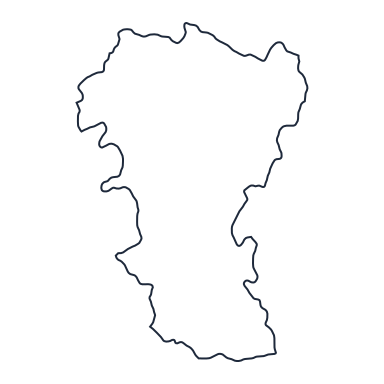 San Ignacio de Sabaneta, Santiago Rodríguez, Dominican Republic
{"feature_id": "3306468B60341362842796", "entity_name": "San Ignacio de Sabaneta", "entity_type": "district", "adm_level": 2, "iso_a3": "DOM", "parent_name": "Dominican Republic", "parent_adm1": "Santiago Rodríguez", "projection": "mercator", "projection_center": [-71.312, 19.362], "detail": "fine", "context": "isolated", "style": "outline", "palette": "slate", "viewbox_px": 384, "rotation_deg": 0, "n_neighbors": 0, "source": "geoboundaries", "source_scale": "gbopen_adm2", "svg_char_len": 5933}
<svg xmlns="http://www.w3.org/2000/svg" viewBox="0 0 384 384"><path d="M81.5,131.5L84.7,129.8L87.2,128.8L90.0,127.4L93.8,126.5L94.8,126.1L101.1,122.8L102.6,122.6L103.5,122.9L104.2,123.6L106.1,127.0L106.3,128.7L106.2,130.4L105.6,132.1L102.4,136.2L99.8,140.9L99.4,141.9L99.2,143.6L99.2,144.7L99.5,145.7L100.1,146.6L100.8,147.2L101.7,147.5L102.2,147.5L106.2,145.6L108.9,144.1L110.0,143.8L111.7,143.7L113.8,144.3L117.2,146.3L117.9,147.0L120.0,150.5L122.5,155.8L123.0,158.8L123.0,161.3L122.8,165.6L122.5,167.4L121.2,170.2L120.1,174.4L119.5,175.3L118.8,176.0L117.4,176.7L113.0,177.2L111.4,177.6L109.7,178.8L107.9,180.9L107.1,181.3L104.2,182.1L103.4,182.7L102.3,183.8L101.6,185.4L101.3,187.6L101.4,188.6L101.9,190.2L102.7,190.9L103.7,191.3L104.7,191.4L106.4,191.4L108.0,191.0L109.0,190.5L111.7,188.5L113.0,187.8L113.9,187.7L116.6,188.5L118.7,188.6L120.3,188.3L122.6,187.3L123.6,187.1L124.6,187.1L125.7,187.3L128.7,189.0L129.8,190.0L131.8,193.5L133.2,196.4L136.0,200.2L136.6,201.2L137.1,203.4L137.6,207.3L138.3,209.6L138.4,210.5L138.3,211.4L137.5,213.7L137.2,216.0L137.1,221.6L137.2,225.2L137.6,227.0L139.1,230.3L140.1,234.1L141.3,236.8L141.5,238.4L141.2,239.5L139.3,242.9L138.1,243.8L135.1,245.6L132.6,246.6L127.9,249.0L123.2,252.4L121.1,253.1L118.2,253.2L115.8,255.6L116.4,257.6L117.3,258.9L118.4,259.9L120.4,260.8L121.8,261.8L124.2,264.3L124.9,265.3L127.8,271.6L128.7,272.9L130.3,274.1L134.0,275.1L134.9,275.5L135.7,276.2L136.7,277.4L138.0,280.2L139.5,282.8L140.1,283.5L141.1,284.0L142.7,284.3L148.2,284.2L149.9,284.4L151.5,284.9L152.5,286.0L152.8,287.4L151.8,289.9L151.1,294.2L150.6,295.5L149.7,296.8L149.5,298.1L149.7,299.0L150.9,301.7L151.8,305.5L153.4,308.9L154.1,312.1L154.9,314.4L155.1,315.3L153.2,322.2L152.4,323.6L150.1,326.7L152.9,328.9L156.8,332.7L161.0,337.1L163.4,340.5L164.2,341.1L166.2,341.6L168.5,341.4L170.1,341.0L172.2,339.9L173.5,339.8L174.3,340.1L174.6,340.5L175.4,342.7L176.1,343.2L177.4,343.3L179.4,342.4L180.3,342.1L181.4,342.1L182.4,342.4L183.7,343.3L186.6,345.6L189.5,347.1L191.2,348.4L193.0,350.5L195.3,354.7L196.3,356.0L198.7,358.4L206.1,358.5L209.2,358.2L210.8,357.7L217.8,354.2L218.8,353.9L220.5,353.9L221.6,354.1L222.7,354.5L226.3,357.4L227.8,358.2L231.6,359.2L234.9,360.7L236.8,361.0L238.7,361.0L241.1,360.5L243.4,359.4L245.0,359.0L251.7,358.4L253.4,358.0L255.7,356.9L256.9,356.6L263.6,356.1L264.7,355.8L268.2,354.5L274.5,353.9L275.6,353.4L275.9,352.7L274.8,349.2L274.5,347.4L274.4,338.2L274.0,335.3L271.9,330.9L271.0,329.5L268.9,327.4L266.1,325.3L265.8,324.9L265.5,324.0L265.7,322.7L266.9,320.0L267.3,317.8L267.4,313.7L266.8,311.5L265.5,309.9L262.4,308.1L261.0,306.6L260.5,305.1L260.0,301.4L259.4,300.1L258.1,299.5L254.7,298.9L253.5,298.2L249.4,292.9L247.5,289.5L244.6,285.9L243.9,284.3L243.9,283.2L244.3,282.2L245.3,281.1L246.2,280.6L247.3,280.5L248.3,280.7L250.9,282.1L251.9,282.4L253.5,282.5L254.5,282.2L255.3,281.6L255.9,280.8L257.1,278.8L257.4,277.8L257.5,276.2L257.2,275.1L254.1,269.1L253.4,267.6L253.2,266.4L253.0,263.4L253.1,258.4L253.3,255.4L253.8,253.8L255.2,250.9L255.9,247.7L256.7,245.5L256.8,244.6L256.6,243.7L255.3,241.9L252.6,239.0L251.1,236.9L247.3,237.5L245.8,238.1L244.3,239.6L242.9,242.5L241.2,244.7L240.4,245.4L239.5,245.8L239.0,245.9L238.0,245.6L237.3,245.0L236.7,244.2L233.7,237.5L232.5,235.2L231.9,233.0L231.8,228.4L232.0,226.7L232.5,225.1L239.4,211.3L242.9,206.7L244.5,203.8L246.5,201.1L247.3,199.8L247.3,198.8L247.0,197.9L244.2,192.2L244.1,191.2L244.4,190.3L248.9,186.7L250.4,185.8L251.4,185.5L253.0,185.5L255.5,186.3L258.0,185.7L259.5,185.7L262.1,186.8L262.9,187.0L263.9,186.9L264.3,186.6L264.6,186.3L265.0,185.4L265.6,183.0L266.8,180.2L267.8,175.8L269.3,172.5L270.2,168.7L272.6,163.4L274.5,160.4L275.1,159.8L276.5,159.2L279.4,158.9L280.3,158.6L281.1,157.9L281.5,157.0L281.6,156.0L281.5,153.7L281.3,152.6L279.7,149.3L278.6,145.0L277.3,142.2L276.9,140.5L277.1,138.3L278.5,134.9L279.2,131.7L279.8,130.1L281.7,127.8L283.0,126.7L284.1,126.2L286.5,125.7L293.2,125.7L294.6,125.3L295.5,124.7L296.0,123.9L297.7,120.9L298.1,118.5L298.2,114.1L298.4,112.3L299.8,108.9L300.8,105.2L301.2,104.2L302.2,103.0L303.0,102.3L304.8,101.3L305.5,93.9L305.8,92.7L306.9,90.4L307.4,88.3L307.2,86.1L305.8,82.7L304.9,78.9L304.3,77.5L302.4,74.5L299.5,72.0L298.8,71.2L298.4,70.2L298.1,68.4L298.2,65.9L298.4,64.7L299.3,61.5L298.5,58.3L298.5,55.6L296.6,54.8L293.5,53.8L290.7,52.5L287.3,51.4L286.3,50.4L284.6,47.4L283.5,44.9L282.6,43.7L281.3,42.7L280.3,42.4L279.1,42.3L277.5,42.5L275.9,43.2L273.7,45.1L271.4,47.7L270.1,49.6L267.8,54.4L266.5,57.3L265.1,59.8L264.4,60.5L264.0,60.7L263.0,60.8L262.1,60.6L258.0,58.5L255.3,56.8L250.6,54.6L249.0,54.6L245.9,55.7L244.8,55.9L243.8,55.8L239.1,53.6L236.4,52.0L234.4,51.1L232.5,49.8L229.1,46.5L227.4,45.1L222.1,42.4L219.7,41.3L216.7,39.4L215.6,38.5L214.2,36.5L212.7,35.2L207.9,32.8L206.3,32.5L202.4,32.1L200.9,31.5L199.4,30.0L197.6,26.9L196.0,25.6L194.4,25.1L190.0,24.5L187.4,23.3L186.5,23.0L185.5,23.2L185.1,23.5L184.7,23.9L184.4,24.8L184.3,26.3L184.5,27.9L185.8,32.1L185.5,33.5L184.4,36.3L183.2,38.2L180.5,41.2L178.8,42.6L177.3,43.1L176.0,42.8L172.8,41.2L171.3,39.9L169.6,37.6L168.2,37.0L162.1,36.5L161.0,36.2L157.7,34.7L154.3,34.3L150.3,34.6L149.2,34.9L145.9,36.3L144.8,36.5L143.1,36.5L141.5,36.0L139.2,34.9L135.0,33.7L133.5,32.4L131.7,30.2L130.9,29.7L129.3,29.4L127.1,29.2L124.7,29.4L123.1,29.7L119.6,31.7L118.6,32.8L118.3,33.8L118.4,35.3L119.4,38.5L119.5,39.3L118.1,44.0L117.7,45.0L117.1,45.7L115.6,46.8L114.6,47.9L113.9,49.2L113.2,51.5L112.6,52.3L111.4,53.0L109.6,53.3L108.5,58.2L108.2,59.2L107.6,59.9L105.4,61.7L104.8,62.5L104.4,63.5L104.1,65.3L104.0,69.4L103.8,70.5L103.2,71.4L101.9,72.1L98.2,72.5L96.7,72.9L92.3,74.8L89.6,76.4L87.6,77.2L86.2,78.2L83.9,80.2L80.4,83.6L79.0,85.4L78.5,86.4L78.4,88.0L78.8,89.1L81.9,93.1L82.6,94.7L82.8,95.9L82.8,98.1L82.5,99.1L82.0,100.0L80.8,100.9L76.6,102.7L79.5,109.6L79.7,110.6L79.5,111.9L78.5,113.6L78.0,115.8L77.9,121.6L78.1,125.4L78.4,126.6L79.0,127.7L80.6,130.5L81.5,131.5Z" fill="none" stroke="#1e293b" stroke-width="2"/></svg>